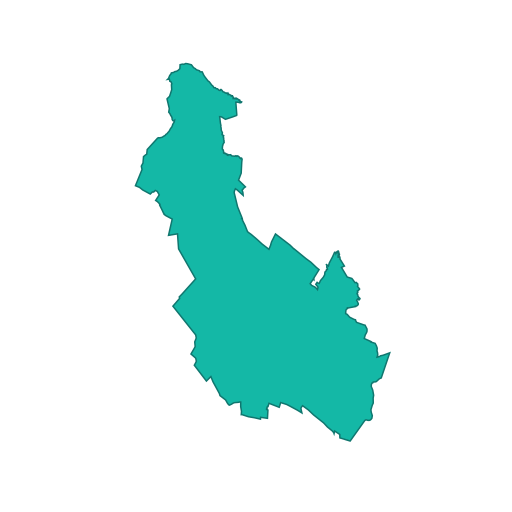 Raucesti, Neamt, Romania, rotated 71°
{"feature_id": "2599482B39967061360083", "entity_name": "Raucesti", "entity_type": "district", "adm_level": 2, "iso_a3": "ROU", "parent_name": "Romania", "parent_adm1": "Neamt", "projection": "robinson", "projection_center": [26.386, 47.259], "detail": "fine", "context": "isolated", "style": "filled", "palette": "teal", "viewbox_px": 512, "rotation_deg": 71, "n_neighbors": 0, "source": "geoboundaries", "source_scale": "gbopen_adm2", "svg_char_len": 6051}
<svg xmlns="http://www.w3.org/2000/svg" viewBox="0 0 512 512"><g transform="rotate(71 256 256)"><path d="M50.4,265.5L54.1,267.0L55.1,269.1L55.5,271.2L55.2,272.5L55.6,274.3L55.3,276.4L56.2,277.2L57.2,278.8L59.6,280.9L60.2,282.1L60.5,280.3L62.7,280.6L63.7,279.6L65.8,279.5L66.5,280.2L71.2,281.5L74.6,284.0L76.8,285.7L77.2,286.4L78.3,288.8L78.5,289.0L88.4,290.0L91.6,291.7L93.3,291.1L95.8,290.8L96.3,290.5L98.0,290.4L99.6,290.8L100.7,290.6L101.3,290.2L101.4,289.9L101.1,288.8L102.7,289.7L104.5,292.0L104.9,292.1L106.8,293.8L107.5,295.1L109.9,297.7L110.3,298.6L111.4,300.3L111.7,301.6L112.5,302.8L112.7,304.5L113.2,305.9L112.9,308.6L112.4,309.7L112.5,310.7L119.9,324.2L124.2,326.2L124.5,327.7L125.4,330.0L131.3,332.6L133.7,335.2L137.1,335.6L150.3,347.1L153.2,343.8L156.7,341.6L163.0,335.8L161.7,333.1L162.2,331.9L161.2,329.9L162.8,328.3L166.7,327.6L170.8,332.8L172.5,331.5L175.7,330.0L176.1,330.1L176.3,330.5L177.3,330.5L177.8,330.2L178.2,330.3L183.0,329.7L185.3,329.5L185.8,329.2L186.6,329.4L188.4,328.2L193.8,323.2L208.0,332.0L209.5,323.0L224.1,326.9L258.0,320.5L268.0,338.5L269.7,341.9L271.2,342.0L276.4,350.9L311.0,338.7L314.1,339.2L317.3,341.9L321.8,343.0L323.0,344.2L327.5,349.4L332.7,346.4L333.4,346.3L336.1,346.7L337.2,347.7L339.2,349.9L358.1,343.6L355.3,337.9L361.0,337.6L374.1,335.4L376.3,335.5L382.2,331.6L386.0,330.9L387.7,330.3L388.2,329.9L388.4,329.6L388.1,327.2L387.6,325.1L387.7,323.9L388.6,320.4L388.7,319.2L389.1,318.0L393.4,319.5L398.2,320.3L401.2,321.6L401.4,320.9L405.5,315.5L408.5,310.0L411.7,304.9L410.0,304.2L413.2,298.0L405.6,294.9L405.3,294.9L404.8,295.7L404.5,295.5L404.3,295.9L403.5,295.5L403.6,295.2L402.3,294.5L401.9,294.0L402.2,293.6L399.5,291.7L406.6,283.3L402.6,280.4L406.3,275.4L408.9,272.9L415.2,267.1L419.3,263.7L414.9,263.2L413.9,262.5L412.7,260.7L418.6,256.6L425.0,253.3L435.8,246.4L441.0,244.1L446.3,240.8L448.4,240.0L449.3,240.0L447.1,238.6L452.0,234.9L455.3,235.9L461.6,227.2L446.9,206.6L446.7,205.3L447.9,203.6L448.4,201.9L448.0,200.6L447.2,199.3L444.8,198.0L441.2,197.9L438.8,197.4L435.0,194.7L433.2,193.0L428.5,191.5L426.0,190.1L420.8,189.3L416.8,189.5L415.0,188.7L413.9,187.7L414.0,186.9L413.3,186.2L413.9,184.0L413.9,183.1L412.2,179.2L412.1,177.3L391.1,161.1L391.2,168.3L390.9,170.7L391.3,172.0L391.1,172.8L391.2,173.6L391.1,174.5L389.2,173.1L387.2,172.6L385.2,172.5L382.6,171.4L380.0,171.4L377.4,171.8L374.7,175.4L374.4,175.1L369.3,180.5L366.3,178.5L364.3,176.3L363.2,175.5L361.2,174.8L356.9,175.4L356.1,176.7L351.5,182.5L349.8,182.8L348.7,182.7L347.9,183.9L344.3,187.4L340.8,188.8L339.8,189.9L339.2,189.9L338.4,189.4L337.7,189.2L336.5,188.6L335.9,188.0L335.3,186.3L334.8,186.3L335.2,185.2L336.2,178.5L335.8,178.5L336.0,177.5L335.9,176.6L335.7,176.0L335.2,175.2L334.3,174.8L331.8,175.0L330.7,175.3L329.7,174.0L329.5,173.4L330.8,173.3L331.1,172.9L330.5,171.8L330.0,171.5L328.8,172.2L327.0,172.7L325.9,172.4L325.0,172.7L324.1,172.6L323.8,171.7L323.6,171.6L322.1,171.5L322.1,170.8L321.7,170.3L321.3,169.0L320.8,168.8L317.8,169.9L316.9,169.2L315.2,168.9L314.5,169.5L313.7,169.7L313.4,171.1L309.7,172.2L308.4,172.7L305.6,176.6L294.6,178.9L294.3,175.7L286.1,177.6L285.4,177.2L284.0,177.1L283.6,177.6L284.1,177.6L284.2,178.1L283.8,178.7L283.5,178.4L282.7,178.5L282.5,178.2L281.9,177.9L282.5,177.6L282.5,177.2L282.3,177.0L282.0,177.1L281.5,176.5L281.0,176.7L280.3,176.6L280.2,177.0L279.7,176.8L279.6,177.2L279.3,177.1L279.0,176.5L278.3,176.5L278.4,176.9L278.1,177.3L278.7,177.6L279.0,177.9L278.4,178.1L278.4,178.7L278.6,179.0L278.9,178.7L279.2,178.8L279.3,179.0L278.9,179.4L279.4,179.7L278.6,179.7L278.1,180.5L281.8,184.0L286.5,189.0L289.1,190.8L286.5,192.5L287.9,192.0L289.7,192.8L290.3,192.5L291.9,192.8L291.7,193.7L292.8,194.3L293.4,195.7L293.8,196.1L296.1,197.2L298.0,199.3L300.2,203.0L302.5,205.2L301.9,206.1L300.8,206.8L302.2,208.7L305.6,207.5L307.8,208.8L305.4,209.8L304.5,210.4L302.0,212.9L299.8,213.8L296.5,209.4L297.3,209.0L295.6,208.4L289.4,200.8L286.5,202.6L279.8,206.1L274.9,209.5L261.6,217.7L261.6,217.9L256.9,220.2L241.5,230.4L247.7,236.7L249.9,238.3L250.1,238.3L253.9,241.6L246.7,246.3L240.5,249.7L234.2,253.4L231.1,255.6L230.0,256.1L223.2,256.4L218.1,257.1L216.1,256.8L215.9,257.4L215.5,257.0L215.1,256.8L203.6,257.4L188.9,256.0L187.5,255.2L185.7,253.6L187.4,252.3L194.5,248.4L191.7,247.7L189.2,247.7L188.5,246.3L187.9,245.6L187.2,243.5L178.6,247.8L172.8,243.0L162.6,238.9L159.9,237.6L158.7,237.8L158.6,238.1L158.9,238.7L158.1,239.0L158.0,239.4L157.2,239.5L155.9,240.2L155.3,240.9L155.5,241.4L155.5,241.8L154.9,242.0L154.9,242.6L154.5,243.0L154.8,243.4L154.6,244.2L154.3,244.5L153.6,246.1L152.7,246.8L152.0,246.9L151.5,248.8L150.8,249.6L151.4,249.5L151.7,249.8L151.5,250.1L149.6,251.1L149.4,251.4L149.1,251.4L149.2,251.9L148.2,252.4L148.3,252.9L148.0,253.1L146.3,252.5L145.4,252.7L144.9,252.5L144.0,253.0L143.1,252.7L140.9,251.7L140.4,251.2L139.7,250.9L138.2,249.1L137.3,249.1L136.9,248.7L135.5,248.7L134.6,248.3L133.5,248.3L133.2,248.0L132.7,248.1L132.6,247.9L132.0,247.9L131.6,247.4L130.2,248.6L129.8,248.5L129.7,248.2L128.4,247.6L126.2,247.9L124.9,247.7L123.7,247.3L121.8,247.1L121.3,246.7L118.9,246.4L112.4,245.0L112.9,243.8L113.3,243.3L116.8,240.4L116.9,232.9L116.8,228.6L116.7,228.4L116.3,228.2L104.0,225.0L104.6,223.2L106.0,221.2L106.1,220.1L106.0,219.7L105.6,219.4L105.2,220.1L104.6,220.5L104.5,220.9L103.9,220.6L103.3,220.6L103.0,220.8L103.0,221.5L102.2,221.7L100.7,222.9L100.9,223.2L100.3,223.5L100.8,223.9L100.3,224.4L100.2,225.3L99.3,225.5L99.8,226.0L99.7,226.3L98.7,225.8L98.1,226.1L96.8,226.1L96.6,226.6L96.8,227.3L96.6,227.4L96.0,227.3L94.9,228.3L94.3,229.0L94.4,229.5L94.4,229.8L93.9,229.8L93.8,229.3L92.7,229.5L93.0,230.1L92.6,230.6L92.5,231.0L92.1,231.1L91.9,232.0L91.0,232.4L89.9,233.8L88.6,234.1L87.2,234.8L87.1,235.3L87.8,235.8L87.6,236.5L86.8,237.3L85.4,237.9L85.0,238.9L84.7,239.2L83.6,239.7L83.2,241.0L81.3,241.4L80.0,242.2L76.2,243.4L74.8,244.4L70.3,245.9L68.2,246.5L64.4,246.9L63.6,248.9L62.5,249.1L60.5,251.7L59.1,252.4L57.6,253.7L54.2,254.8L52.0,258.0L51.1,259.8L51.3,261.8L50.9,262.4L50.6,263.2L50.4,265.5Z" fill="#14b8a6" stroke="#0f766e" stroke-width="1.5"/></g></svg>